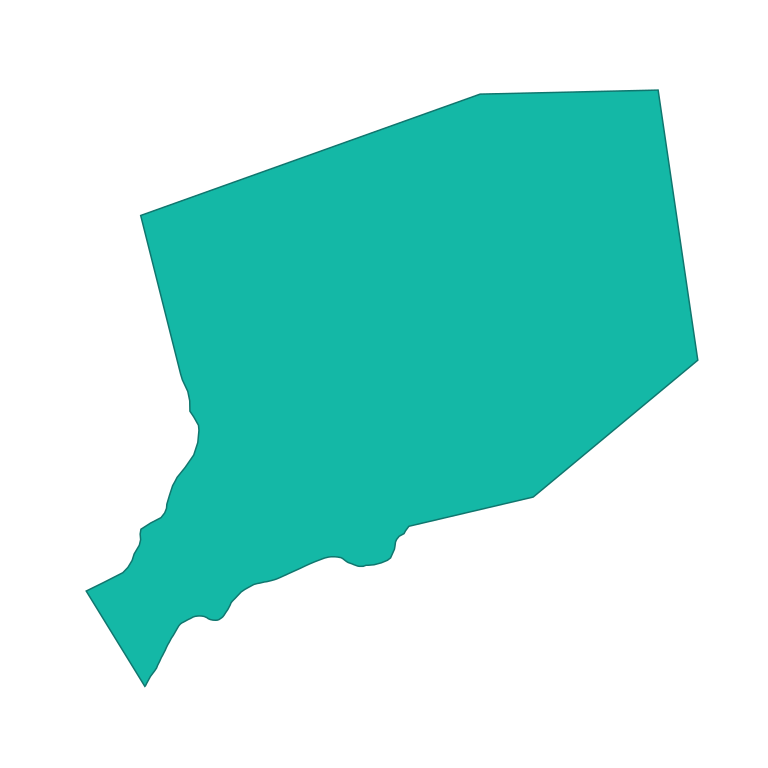 Catter Beaufond, Praslin, Saint Lucia (Natural Earth projection), rotated 85°
{"feature_id": "8701671B82105549024004", "entity_name": "Catter Beaufond", "entity_type": "district", "adm_level": 2, "iso_a3": "LCA", "parent_name": "Saint Lucia", "parent_adm1": "Praslin", "projection": "natural_earth1", "projection_center": [-60.942, 13.842], "detail": "fine", "context": "isolated", "style": "filled", "palette": "teal", "viewbox_px": 768, "rotation_deg": 85, "n_neighbors": 0, "source": "geoboundaries", "source_scale": "gbopen_adm2", "svg_char_len": 1823}
<svg xmlns="http://www.w3.org/2000/svg" viewBox="0 0 768 768"><g transform="rotate(85 384 384)"><path d="M194.9,611.7L356.6,585.7L362.3,584.5L374.3,580.1L383.8,579.0L394.2,579.7L400.2,576.4L409.0,572.4L414.1,572.4L426.1,574.6L438.1,579.7L449.7,589.3L458.9,598.2L463.0,600.8L466.8,603.4L476.2,607.4L484.8,610.8L488.9,611.5L493.3,613.7L497.7,617.8L502.1,628.5L507.5,638.8L512.2,640.0L517.9,640.0L523.3,641.8L531.5,647.7L537.8,650.3L544.4,655.1L549.2,660.6L557.4,680.9L564.3,698.7L664.4,648.6L663.8,647.9L661.8,646.7L654.9,642.1L649.7,637.4L647.1,635.3L644.6,634.1L640.6,631.6L637.0,629.6L635.0,628.2L632.1,626.4L630.1,625.1L627.8,623.9L624.8,622.1L622.6,620.5L618.7,618.0L616.0,615.8L608.7,610.7L606.9,609.4L605.3,607.7L604.4,606.2L603.2,603.3L601.6,599.7L600.7,597.2L599.5,594.5L599.0,592.4L598.9,589.5L599.0,587.7L599.3,585.7L599.9,583.4L601.4,580.7L602.5,579.5L603.5,577.6L604.3,575.0L604.7,572.2L604.7,570.5L604.3,568.9L602.8,566.2L601.9,564.9L600.4,563.5L597.9,561.6L595.0,559.2L590.6,556.4L588.9,555.6L587.5,554.4L585.8,552.5L584.5,550.9L582.6,548.8L581.1,547.1L578.7,544.4L576.6,540.7L574.7,536.5L574.1,535.1L572.9,532.4L572.3,530.9L571.7,527.5L571.5,524.9L570.8,520.4L570.7,517.9L570.0,513.4L569.4,510.2L568.9,508.1L567.6,504.1L564.5,495.4L562.5,489.7L560.4,483.7L558.4,478.4L556.7,473.6L555.0,468.3L553.6,463.4L552.2,458.4L551.6,454.5L551.5,451.9L551.8,448.2L552.3,445.4L553.3,441.8L554.7,439.9L555.8,438.8L557.6,436.8L558.7,435.3L559.6,433.3L560.5,431.3L561.3,429.9L563.1,426.0L563.5,424.4L563.8,420.5L563.0,417.7L563.2,415.4L563.2,409.6L561.9,402.2L559.9,395.9L557.8,392.6L549.5,388.0L546.9,387.3L542.4,386.3L540.0,385.0L537.0,382.2L534.8,377.1L532.2,375.4L529.8,373.3L527.9,371.6L509.6,245.2L387.6,69.3L384.8,69.5L115.1,85.3L103.6,263.0L194.9,611.7Z" fill="#14b8a6" stroke="#0f766e" stroke-width="1.5"/></g></svg>